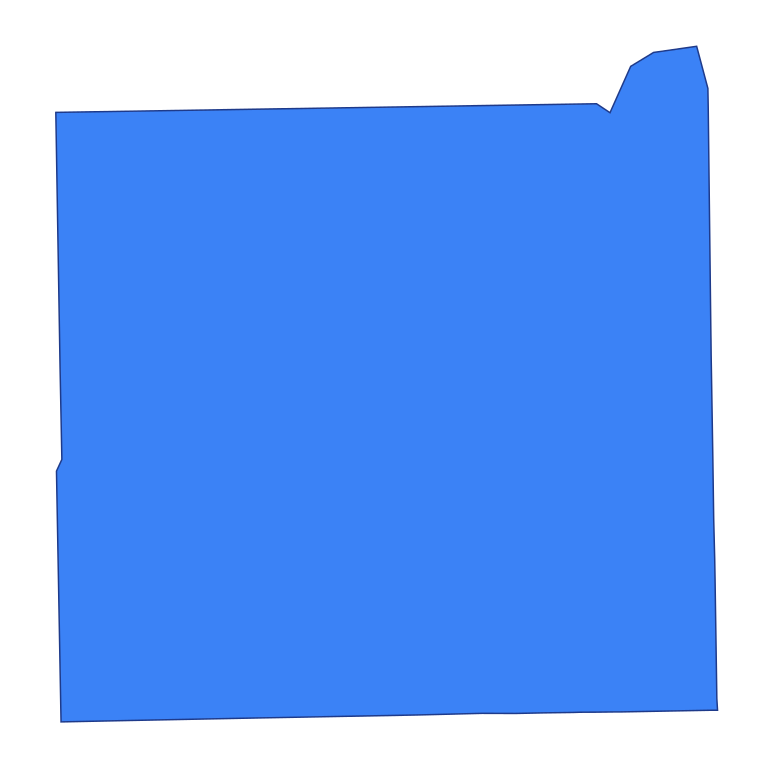 outline of Ottawa, Oklahoma, United States of America, rotated 89°
{"feature_id": "52423323B73964921740161", "entity_name": "Ottawa", "entity_type": "district", "adm_level": 2, "iso_a3": "USA", "parent_name": "United States of America", "parent_adm1": "Oklahoma", "projection": "natural_earth1", "projection_center": [-94.749, 36.834], "detail": "fine", "context": "isolated", "style": "filled", "palette": "blue", "viewbox_px": 768, "rotation_deg": 89, "n_neighbors": 0, "source": "geoboundaries", "source_scale": "gbopen_adm2", "svg_char_len": 629}
<svg xmlns="http://www.w3.org/2000/svg" viewBox="0 0 768 768"><g transform="rotate(89 384 384)"><path d="M715.7,517.1L715.5,356.9L715.0,291.9L715.7,258.3L715.6,229.6L715.7,200.6L715.7,200.4L715.6,193.6L715.8,177.8L715.9,160.0L716.0,152.9L715.9,64.6L715.9,61.6L716.0,56.2L704.5,56.7L585.5,56.4L582.2,56.4L564.7,56.4L525.7,56.7L522.3,56.7L461.8,56.5L375.6,56.4L360.2,56.4L346.0,56.3L340.6,56.3L113.8,55.0L94.1,55.0L51.8,65.5L57.2,108.7L70.7,131.8L116.7,153.3L107.5,166.6L106.7,707.4L360.2,707.6L453.8,707.4L465.4,713.0L716.2,712.8L716.2,709.8L716.0,646.3L715.7,517.1Z" fill="#3b82f6" stroke="#1e3a8a" stroke-width="1.5"/></g></svg>